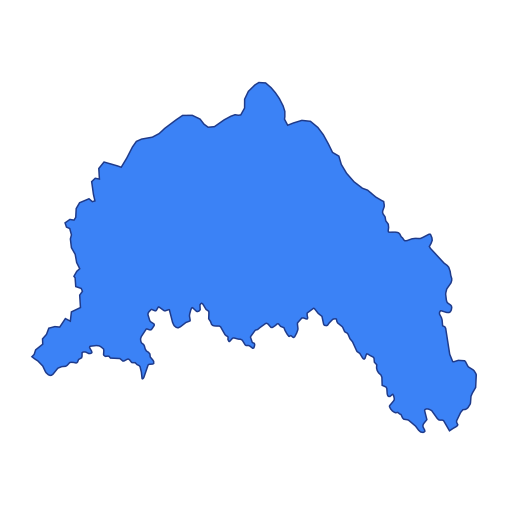 map outline of Khakass (Equal Earth projection), rotated 271°
{"feature_id": "RUS-2402", "entity_name": "Khakass", "entity_type": "Republic", "adm_level": 1, "iso_a3": "RUS", "parent_name": "Russia", "parent_adm1": "", "projection": "equal_earth", "projection_center": [89.08, 53.381], "detail": "fine", "context": "isolated", "style": "filled", "palette": "blue", "viewbox_px": 512, "rotation_deg": 271, "n_neighbors": 0, "source": "natural_earth", "source_scale": "10m", "svg_char_len": 6063}
<svg xmlns="http://www.w3.org/2000/svg" viewBox="0 0 512 512"><g transform="rotate(271 256 256)"><path d="M152.7,83.8L151.2,83.4L149.4,80.4L146.8,79.4L146.1,78.6L145.9,77.9L146.4,75.5L146.5,73.0L146.2,71.6L143.4,69.1L142.4,67.6L142.0,63.7L140.5,60.1L139.7,59.3L134.3,55.1L133.2,53.6L133.0,52.3L133.6,50.5L135.5,48.3L136.6,47.5L142.3,44.7L147.3,39.7L149.2,36.6L151.4,33.7L153.7,35.9L158.3,37.3L164.1,44.3L169.4,44.0L174.0,47.9L180.2,50.1L181.9,56.1L181.5,61.0L190.1,66.5L187.6,71.5L196.9,72.4L201.4,81.4L213.8,80.4L217.7,83.1L220.5,81.8L222.3,76.3L231.1,75.5L232.5,74.3L237.6,77.1L240.2,80.0L246.3,76.8L254.5,75.2L261.1,71.3L269.8,70.1L273.9,71.1L280.2,69.3L281.6,66.0L285.8,64.5L289.3,69.3L288.7,73.4L291.5,75.1L300.3,75.4L306.2,78.7L310.3,88.0L307.5,91.4L308.3,94.0L314.7,92.4L327.5,90.4L330.9,93.9L330.2,98.1L340.8,97.3L347.3,102.4L343.7,115.8L342.4,119.7L351.9,125.2L362.9,130.6L368.5,134.4L370.9,139.6L373.0,150.3L376.7,157.0L382.0,162.5L390.8,173.8L395.3,180.2L395.5,189.9L391.9,197.7L386.9,201.7L383.9,205.9L384.6,212.2L391.6,221.8L395.3,228.4L396.9,232.6L396.4,235.9L396.8,238.3L403.7,242.0L412.6,241.9L420.5,245.5L427.0,251.9L429.5,255.8L429.2,262.6L424.5,268.2L419.6,272.5L413.8,276.6L406.5,280.5L401.1,282.3L395.8,282.4L393.3,282.1L387.3,285.4L389.7,291.2L392.4,299.5L391.6,308.1L385.6,315.6L378.4,321.2L369.3,326.4L360.9,330.7L357.3,337.1L349.0,339.7L340.3,345.1L331.9,352.7L325.6,361.2L323.8,366.4L317.1,374.6L313.7,380.6L312.7,382.7L309.2,383.3L307.5,383.3L303.3,381.9L301.7,381.8L300.3,382.3L297.3,384.4L293.5,385.1L290.1,387.7L286.8,388.1L283.3,387.7L282.5,388.0L282.1,388.7L282.3,394.7L282.1,396.6L281.7,398.0L280.6,399.3L277.8,400.8L276.6,402.2L274.6,403.6L273.8,404.6L274.0,406.7L275.9,411.6L276.4,415.0L276.3,419.1L276.5,420.4L277.5,422.5L280.7,428.4L280.9,429.6L280.4,430.2L277.2,431.6L274.7,431.9L271.6,430.8L268.5,429.1L266.6,430.3L252.2,444.1L249.9,447.3L248.1,448.9L244.0,450.4L239.9,451.1L236.8,452.1L235.0,452.1L232.5,451.4L226.4,447.3L222.5,446.4L221.0,446.3L215.3,447.1L213.6,447.6L212.5,448.3L210.3,451.5L209.3,452.3L207.8,452.6L205.4,452.2L203.7,451.3L203.0,450.4L202.8,449.3L202.9,447.5L204.5,442.0L204.4,441.4L203.2,440.6L202.2,440.4L201.1,440.5L197.5,442.5L195.2,443.2L189.5,443.8L188.5,446.0L187.0,446.9L161.1,451.4L153.9,454.5L153.7,454.9L153.8,455.9L155.2,460.1L154.9,466.4L154.0,467.3L149.9,469.5L148.8,470.3L146.0,475.0L145.0,476.1L142.2,477.9L141.0,478.3L128.4,477.9L122.7,474.7L119.5,473.4L112.7,473.0L111.6,472.7L108.1,470.6L107.1,469.5L106.3,468.2L105.9,465.5L103.1,463.3L94.6,459.4L93.1,459.5L90.8,460.7L89.9,460.3L88.8,459.0L87.1,456.1L84.6,452.5L94.4,446.6L94.9,446.0L95.2,444.9L95.1,442.9L95.4,441.5L96.8,440.0L104.4,434.4L105.4,432.6L106.0,430.9L106.1,429.1L105.4,427.6L104.3,427.3L95.4,429.7L91.9,427.0L90.7,426.2L89.1,425.8L87.8,426.1L84.8,427.7L83.7,427.9L82.9,427.1L82.5,426.1L82.9,423.7L84.7,421.6L88.7,418.5L94.5,411.4L94.9,410.2L95.4,406.6L96.6,405.4L100.1,403.7L100.5,402.5L102.1,400.5L101.7,398.3L102.2,397.0L103.4,395.1L105.4,393.3L107.7,392.1L108.7,392.2L113.4,396.0L114.6,396.7L116.2,396.7L118.8,396.0L120.1,395.2L119.9,394.7L117.9,392.4L117.9,391.2L118.2,390.6L118.9,390.1L120.4,389.6L125.9,389.1L127.3,388.2L128.9,384.4L136.9,384.0L139.2,383.0L141.3,380.6L143.6,379.2L146.1,378.5L149.4,378.6L151.9,376.2L155.8,375.8L156.6,375.3L157.1,374.7L158.6,371.6L159.8,369.7L160.1,368.5L158.9,367.8L155.6,366.8L154.8,365.9L155.1,365.1L156.1,364.2L160.4,361.5L162.1,358.9L162.7,358.4L171.9,354.0L174.9,351.4L179.4,349.4L180.5,348.5L181.6,346.3L182.2,345.8L186.1,344.0L186.9,343.4L190.5,338.8L192.0,338.0L194.3,337.5L194.6,336.5L194.4,334.9L194.0,333.8L190.3,330.3L188.0,328.7L187.6,327.7L187.9,325.6L189.0,324.8L196.8,323.0L199.7,319.2L204.0,315.7L204.6,315.0L204.7,314.4L200.0,308.3L199.6,308.1L197.6,308.2L194.9,308.8L193.9,308.2L194.0,307.1L194.9,304.6L194.8,302.9L189.9,298.7L188.7,298.6L184.2,299.2L183.0,299.1L179.7,298.0L176.0,296.1L175.2,295.1L175.5,294.2L176.8,292.7L177.0,292.1L176.2,290.7L176.3,290.2L178.4,288.5L181.9,286.4L184.8,285.2L186.1,281.8L188.5,279.7L188.7,279.1L188.3,278.1L187.0,276.8L184.9,273.8L184.8,273.0L184.9,272.2L188.2,269.2L188.8,268.1L188.9,267.4L188.7,266.8L184.6,261.3L182.5,258.9L182.0,257.1L181.6,256.4L175.3,252.0L174.7,251.9L169.7,253.7L169.3,254.1L168.7,255.7L167.7,256.2L166.2,256.1L164.2,255.5L163.8,254.9L163.7,254.3L166.1,251.0L166.4,249.8L166.3,247.8L166.6,247.2L167.1,246.6L170.9,244.2L171.9,243.3L172.5,241.9L172.6,239.8L173.7,235.4L173.6,234.6L173.3,233.9L170.3,231.3L170.0,230.7L170.3,230.3L172.0,229.4L174.2,229.5L175.0,229.1L175.7,227.7L176.8,226.4L184.6,221.8L185.3,220.6L185.3,216.7L185.5,215.1L185.9,213.8L187.0,212.7L189.6,211.7L192.4,209.8L198.4,209.9L199.9,209.7L201.7,207.0L206.7,203.9L207.5,203.1L207.8,202.4L207.2,201.5L206.2,200.8L201.3,201.1L199.9,199.9L199.4,198.3L199.6,197.5L203.2,193.5L203.2,193.0L202.7,192.5L201.2,191.8L196.9,190.7L194.9,190.5L190.6,191.3L189.9,191.1L188.3,187.1L183.9,181.6L182.8,179.3L183.3,177.4L184.8,175.5L185.9,174.8L188.3,173.7L200.8,170.3L200.8,169.5L199.6,166.2L199.6,165.5L199.9,164.8L203.0,160.4L203.4,159.6L203.1,159.1L200.1,157.4L199.5,156.8L199.4,156.2L199.6,155.5L200.8,152.6L200.6,152.0L198.2,149.8L196.9,149.1L195.4,149.0L189.5,150.9L188.4,151.8L186.4,155.0L185.9,155.4L184.7,155.4L181.4,153.3L180.3,152.2L180.3,150.9L181.2,148.1L181.0,147.5L173.4,142.7L171.1,142.0L168.8,142.3L167.1,143.0L165.9,144.7L165.2,145.4L164.0,146.0L161.2,146.8L159.1,148.1L157.9,150.1L156.2,151.6L153.2,152.0L150.5,154.4L148.9,155.5L146.8,155.6L146.2,154.7L145.8,150.9L145.1,150.0L132.7,146.0L131.7,145.4L131.3,144.9L131.2,144.5L131.6,144.2L137.9,143.4L143.3,142.0L144.3,141.2L145.4,138.9L147.2,137.1L147.2,134.4L147.4,133.5L150.1,131.3L150.7,130.3L150.6,129.2L148.8,126.0L148.6,124.8L151.1,121.7L151.4,112.3L153.2,110.7L153.3,109.6L153.0,107.1L154.1,105.6L154.8,105.3L158.7,105.5L160.4,105.2L162.3,102.8L163.4,100.9L163.7,98.0L162.9,91.9L162.6,91.4L161.4,91.2L157.9,93.3L156.7,93.6L156.2,93.3L155.7,92.3L155.5,90.6L156.9,87.6L157.1,86.8L157.0,84.9L156.3,83.8L152.7,83.8Z" fill="#3b82f6" stroke="#1e3a8a" stroke-width="1.5"/></g></svg>